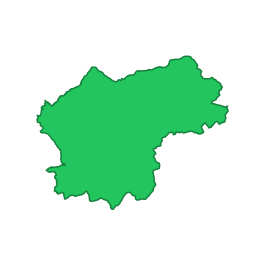 Inza, Cauca, Colombia (Mercator projection), rotated 198°
{"feature_id": "7082276B42793488331490", "entity_name": "Inza", "entity_type": "district", "adm_level": 2, "iso_a3": "COL", "parent_name": "Colombia", "parent_adm1": "Cauca", "projection": "mercator", "projection_center": [-76.088, 2.499], "detail": "fine", "context": "isolated", "style": "filled", "palette": "green", "viewbox_px": 256, "rotation_deg": 198, "n_neighbors": 0, "source": "geoboundaries", "source_scale": "gbopen_adm2", "svg_char_len": 5800}
<svg xmlns="http://www.w3.org/2000/svg" viewBox="0 0 256 256"><g transform="rotate(198 128 128)"><path d="M215.1,128.3L214.9,127.8L214.4,127.3L214.7,125.5L213.7,124.0L215.6,122.6L216.7,121.2L216.6,120.4L216.3,120.1L215.1,120.1L214.6,119.8L214.9,119.2L215.8,119.0L215.9,118.8L215.2,115.3L215.4,112.3L215.8,111.9L217.7,112.1L218.1,111.8L217.0,110.9L216.7,110.5L217.1,108.0L215.9,105.7L215.7,105.6L214.4,105.7L213.1,105.6L212.8,105.3L212.0,103.3L210.1,102.9L209.1,102.3L208.8,101.5L208.9,100.2L209.9,98.3L210.3,98.0L209.6,97.0L208.6,96.8L207.0,97.3L206.3,97.7L202.0,97.5L197.7,94.7L196.9,93.8L195.6,93.5L194.6,92.9L193.2,91.9L191.8,90.2L190.8,89.8L189.4,88.4L187.0,87.2L186.3,86.3L184.7,85.5L184.4,84.9L184.1,83.3L182.4,79.5L182.6,78.5L182.4,77.8L180.7,74.9L179.4,74.1L177.6,74.2L177.1,74.1L176.5,73.4L176.5,73.0L176.9,72.7L178.4,72.8L178.9,72.6L179.6,72.5L181.8,69.8L182.7,69.4L183.5,69.3L185.6,67.9L187.1,67.6L187.1,67.3L188.9,67.2L189.2,66.8L189.1,66.4L190.2,65.8L191.2,64.9L191.7,64.1L191.7,63.5L192.4,62.5L191.0,62.4L190.5,61.7L188.9,61.8L188.0,62.0L187.8,62.4L186.9,63.0L186.5,62.9L185.1,63.6L184.9,63.7L184.7,63.5L184.3,63.7L183.7,63.6L183.5,63.0L183.1,62.8L182.9,62.2L181.9,61.7L181.7,61.4L181.8,60.8L182.6,59.9L182.4,58.3L181.5,57.8L181.5,57.4L180.8,57.1L179.3,56.1L179.3,54.4L178.6,53.1L178.1,52.6L178.1,50.8L178.7,50.0L179.3,48.9L178.9,48.4L178.5,45.4L177.1,45.5L176.0,44.7L175.3,45.0L174.9,44.6L174.9,43.7L174.5,43.6L173.4,44.1L171.6,45.6L169.8,46.2L169.1,46.2L167.9,43.5L166.9,42.4L166.6,41.3L166.1,40.9L164.9,41.7L163.6,43.3L162.9,44.5L162.5,45.7L161.5,46.1L160.7,46.9L158.4,47.0L157.7,46.8L156.3,47.1L155.6,47.9L150.8,50.7L149.4,52.8L148.6,54.4L148.1,55.0L147.6,55.0L146.3,53.6L144.6,52.5L143.2,49.8L142.4,47.8L141.9,47.0L141.1,46.9L139.7,47.1L136.7,48.8L134.0,50.8L133.1,51.9L132.7,52.9L131.7,53.0L128.1,52.5L126.4,52.7L124.5,52.2L123.7,51.1L122.2,50.7L121.7,50.2L121.1,49.0L120.1,48.3L120.0,47.0L118.7,46.0L117.5,45.9L117.1,46.1L116.8,46.5L115.6,50.2L113.9,51.2L112.6,53.2L112.3,55.8L111.7,57.2L111.3,60.5L110.9,61.6L110.6,63.0L109.0,66.0L108.1,66.6L106.1,67.4L105.7,67.4L105.2,67.2L104.3,66.2L102.8,65.4L100.6,65.5L100.0,65.2L98.6,62.7L97.8,62.3L96.7,62.4L94.4,63.6L93.3,64.6L92.1,65.1L91.1,65.1L90.1,65.4L88.9,66.2L88.7,66.8L88.7,68.0L87.3,69.5L86.4,72.6L85.0,75.5L84.8,76.8L85.2,78.9L84.3,81.7L84.2,82.9L86.4,85.0L87.9,88.9L90.9,94.3L90.7,95.1L90.0,96.1L88.8,97.2L86.9,98.3L85.9,99.2L86.2,102.0L86.9,103.3L87.6,104.2L89.8,104.3L90.9,104.6L91.8,105.5L93.2,107.4L94.3,108.1L95.0,108.8L95.0,109.5L93.8,111.8L93.8,112.3L94.8,113.4L96.5,114.2L97.4,115.9L97.0,116.5L95.2,117.1L94.9,118.6L94.2,119.7L92.7,120.3L91.5,121.1L91.4,121.4L91.6,122.2L92.3,123.0L91.5,126.5L92.3,127.6L92.3,129.4L91.0,130.5L89.8,131.0L87.5,135.9L87.0,136.6L85.1,137.2L84.2,137.7L83.2,137.0L83.0,135.8L82.5,135.7L81.1,136.9L81.0,137.9L80.8,138.3L81.0,138.9L80.8,139.2L79.5,139.5L77.4,139.4L76.1,141.0L74.1,140.4L73.7,140.4L70.8,142.1L69.5,143.7L68.9,143.4L66.5,144.6L66.0,144.6L64.8,144.6L63.0,144.1L62.7,144.5L61.7,144.8L60.3,144.3L58.8,144.2L57.5,144.7L56.1,145.8L54.9,147.0L54.8,147.6L57.2,150.0L58.6,151.9L58.6,152.1L56.5,156.4L56.2,156.4L54.5,155.6L50.8,153.1L50.2,154.1L49.0,154.5L49.0,154.9L49.4,155.7L49.0,156.1L48.1,156.6L47.9,157.9L46.8,160.4L46.3,161.1L45.3,161.6L44.4,161.5L43.7,161.1L43.1,160.1L42.5,159.9L41.3,160.7L40.4,162.0L38.5,163.1L37.9,163.9L38.1,165.3L38.0,167.3L38.1,167.9L39.0,169.1L39.5,170.4L39.5,171.1L38.7,173.4L38.0,174.5L38.7,176.3L40.3,177.5L40.2,179.3L42.0,177.9L47.0,178.0L50.5,177.6L53.4,177.6L55.0,177.3L56.1,177.3L56.2,178.3L56.0,179.1L55.4,180.0L53.1,182.1L52.8,184.6L52.0,185.6L51.1,187.2L51.0,187.7L51.2,188.2L51.7,188.6L52.7,188.9L52.5,190.2L52.5,192.2L52.3,192.6L51.3,193.1L51.2,195.2L51.0,195.6L51.1,196.1L51.7,196.7L53.1,197.4L53.6,198.5L55.2,199.3L57.6,199.7L59.2,200.8L60.8,201.0L63.7,202.0L65.8,199.9L68.3,199.3L69.5,198.7L70.7,198.5L72.2,198.5L72.7,198.8L73.5,199.8L74.4,199.9L75.2,200.5L75.6,202.8L75.5,204.4L76.0,204.9L76.8,205.4L77.8,205.8L80.9,206.1L81.2,206.6L81.1,208.9L81.7,209.6L84.5,211.6L85.7,212.7L87.5,213.4L89.2,213.7L90.4,215.1L92.5,214.9L95.0,214.2L96.4,213.4L97.9,212.1L99.0,210.5L100.4,209.3L105.6,207.3L106.0,206.9L108.1,206.0L108.9,205.3L109.0,204.5L109.0,200.7L109.7,199.2L111.6,196.9L113.6,196.3L115.5,196.2L116.9,195.9L120.0,194.0L122.9,191.0L123.8,190.5L126.4,189.9L127.2,189.3L127.8,188.4L128.4,188.1L130.1,187.6L132.6,186.5L135.8,185.6L137.2,184.8L137.6,184.3L138.7,180.5L139.3,180.1L142.4,178.9L144.1,177.8L145.8,175.2L146.7,173.1L147.2,172.9L149.0,173.2L149.3,172.8L149.3,171.3L149.5,171.1L149.8,170.9L150.8,171.1L151.7,171.0L152.5,169.4L153.6,168.2L155.8,168.1L157.7,168.4L161.0,169.7L162.4,169.6L164.5,170.6L165.6,170.6L166.4,170.8L167.3,171.3L168.4,172.3L169.3,172.7L171.2,173.2L173.0,173.2L174.5,173.7L177.1,175.6L179.2,175.3L181.1,174.6L181.5,173.7L181.6,171.8L183.3,168.0L183.6,165.2L185.3,163.9L185.9,160.4L186.5,159.6L186.6,157.8L186.8,157.2L186.5,156.6L186.8,156.0L186.2,154.9L186.9,154.2L187.3,153.0L187.9,152.6L188.8,151.5L190.0,151.0L191.1,149.9L191.4,149.2L192.2,148.6L194.2,147.6L194.4,147.4L194.4,146.6L195.1,146.3L195.3,145.9L195.2,145.6L194.8,145.2L195.5,144.5L196.2,144.3L197.5,143.5L197.5,142.7L197.8,142.3L197.2,141.7L197.5,141.4L198.1,141.2L198.5,140.6L198.4,139.9L199.3,139.1L199.4,138.6L200.8,138.3L201.4,137.8L202.1,137.7L201.9,136.9L202.3,136.1L202.8,136.2L202.9,135.3L203.0,134.9L203.0,134.4L203.3,134.0L203.2,133.6L203.4,133.3L203.2,132.6L203.7,130.8L204.2,130.7L204.7,130.0L204.7,129.5L205.3,129.3L205.5,128.7L205.9,128.4L205.8,127.8L206.6,126.9L206.4,126.4L206.8,126.1L206.7,125.8L207.9,125.5L208.5,125.6L209.1,126.3L209.6,126.4L209.9,126.9L210.3,126.7L210.9,127.0L212.0,126.9L212.4,127.2L212.2,127.8L213.4,127.6L213.8,128.0L214.1,127.9L215.1,128.3Z" fill="#22c55e" stroke="#15803d" stroke-width="1.5"/></g></svg>